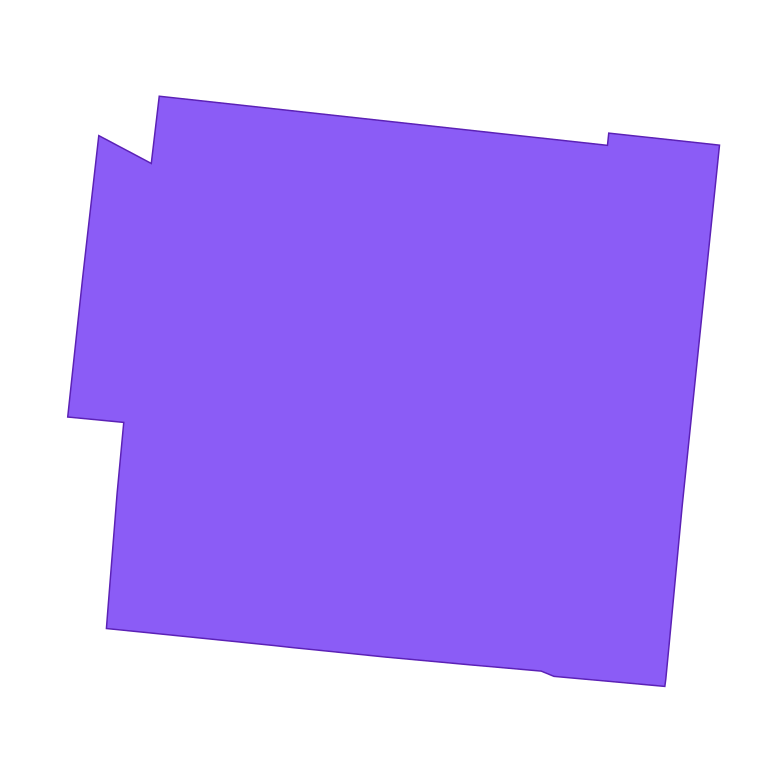 Hendricks, Indiana, United States of America (orthographic projection), rotated 96°
{"feature_id": "52423323B31792331256656", "entity_name": "Hendricks", "entity_type": "district", "adm_level": 2, "iso_a3": "USA", "parent_name": "United States of America", "parent_adm1": "Indiana", "projection": "orthographic", "projection_center": [-86.465, 39.762], "detail": "fine", "context": "isolated", "style": "filled", "palette": "violet", "viewbox_px": 768, "rotation_deg": 96, "n_neighbors": 0, "source": "geoboundaries", "source_scale": "gbopen_adm2", "svg_char_len": 453}
<svg xmlns="http://www.w3.org/2000/svg" viewBox="0 0 768 768"><g transform="rotate(96 384 384)"><path d="M166.8,693.6L310.2,694.8L449.9,695.1L449.4,638.8L492.2,638.3L520.6,638.0L642.1,634.9L656.2,634.5L655.6,466.6L655.7,447.4L655.4,352.8L654.3,268.4L653.1,197.7L657.0,184.4L655.4,73.1L647.9,72.9L612.7,73.2L473.2,74.7L111.4,75.3L111.0,186.7L123.3,186.7L121.3,637.6L189.0,638.5L166.8,693.6Z" fill="#8b5cf6" stroke="#5b21b6" stroke-width="1.5"/></g></svg>